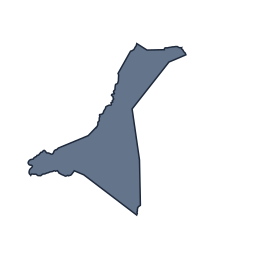 outline of Jacaleapa, El Paraíso, Honduras, rotated 37°
{"feature_id": "27666195B90337288722280", "entity_name": "Jacaleapa", "entity_type": "district", "adm_level": 2, "iso_a3": "HND", "parent_name": "Honduras", "parent_adm1": "El Paraíso", "projection": "albers", "projection_center": [-86.709, 14.063], "detail": "fine", "context": "isolated", "style": "filled", "palette": "slate", "viewbox_px": 256, "rotation_deg": 37, "n_neighbors": 0, "source": "geoboundaries", "source_scale": "gbopen_adm2", "svg_char_len": 5304}
<svg xmlns="http://www.w3.org/2000/svg" viewBox="0 0 256 256"><g transform="rotate(37 128 128)"><path d="M78.8,224.3L78.7,223.8L78.7,223.3L78.8,222.8L78.9,222.6L79.0,222.5L80.6,221.6L81.1,221.2L81.9,220.5L82.3,220.3L82.5,220.2L83.0,220.2L83.6,220.3L84.0,220.3L84.4,220.3L84.8,220.2L85.0,220.1L85.3,219.8L85.5,219.6L86.4,219.1L86.9,218.7L87.1,218.4L87.3,217.5L87.4,217.3L87.4,217.0L87.4,216.8L87.5,216.5L87.6,216.3L87.8,216.0L88.6,215.3L89.2,214.7L89.3,214.6L89.6,214.0L90.0,213.3L90.3,212.8L91.0,212.0L91.5,211.3L91.7,210.9L91.8,210.4L92.0,210.2L92.4,209.7L93.0,209.1L93.5,208.6L93.7,208.4L94.2,207.7L94.3,207.2L94.4,206.9L94.5,206.8L94.7,206.6L94.9,206.5L95.6,206.2L96.2,206.1L96.5,205.6L96.8,205.1L97.2,204.6L97.3,204.6L97.9,204.8L98.7,204.9L98.9,205.0L99.3,205.2L99.7,205.4L100.0,205.5L100.3,205.5L100.5,205.5L100.7,205.3L101.0,205.3L101.8,205.2L102.5,205.2L102.9,205.1L103.7,204.9L104.8,204.6L105.7,204.4L106.5,204.3L106.8,204.2L107.0,204.1L107.4,203.8L107.5,203.6L108.0,202.7L108.4,202.1L108.5,202.0L108.8,202.1L109.1,202.1L109.3,201.9L110.3,200.6L110.6,200.2L110.8,199.6L110.8,198.8L110.9,198.1L110.8,197.3L110.9,195.6L110.9,195.1L110.9,194.9L110.8,194.5L120.9,192.0L187.3,192.3L187.1,191.8L187.0,191.4L187.0,191.0L186.9,190.8L186.8,190.5L186.5,190.3L186.3,190.2L186.0,190.0L185.7,189.8L185.7,189.7L185.5,188.7L185.3,188.4L184.9,187.9L184.6,187.6L184.3,187.0L184.1,186.4L183.8,186.1L183.7,185.8L183.7,185.7L183.7,185.1L183.7,184.5L183.8,184.2L183.8,183.9L184.0,183.6L184.3,182.7L184.4,182.4L184.3,182.1L156.4,146.6L119.8,110.3L121.0,50.7L130.2,34.7L129.9,34.5L129.2,34.1L128.7,33.8L128.4,33.7L128.0,33.6L127.4,33.6L126.7,33.5L126.3,33.4L125.8,33.1L125.2,32.8L124.0,32.5L123.6,32.6L123.3,32.6L122.8,32.2L122.4,32.0L122.3,31.9L122.3,31.7L122.1,31.9L121.0,32.7L120.5,33.0L120.2,33.1L119.0,33.2L118.6,33.3L118.4,33.3L118.1,33.4L117.9,33.6L117.0,34.3L115.4,35.9L114.6,36.5L114.1,37.1L113.4,37.9L113.0,38.3L112.5,38.8L112.0,39.3L111.8,39.6L111.4,40.1L111.2,40.3L111.0,40.5L110.5,40.8L110.0,41.2L109.6,41.5L109.4,41.9L109.3,42.0L109.3,42.3L109.3,42.5L109.4,42.8L109.6,43.2L109.7,43.4L109.9,43.6L96.3,54.3L84.2,55.3L85.1,57.5L85.1,58.5L85.1,59.1L85.2,59.8L85.3,60.5L85.4,61.1L85.5,61.8L85.4,62.3L85.1,62.8L84.8,63.7L84.4,64.3L84.2,64.7L83.8,65.1L87.2,90.4L88.5,91.2L88.7,91.4L89.1,92.0L89.5,92.6L89.9,93.2L90.4,94.0L90.7,94.4L91.2,95.1L91.7,95.8L92.0,96.3L92.1,96.5L92.3,97.1L92.7,98.2L92.8,98.6L92.8,98.8L92.6,99.1L92.5,99.5L92.0,100.4L91.9,100.6L91.9,100.8L92.6,102.3L93.0,102.9L93.4,103.6L94.1,104.6L94.3,104.8L94.4,105.1L94.5,105.4L94.5,105.9L94.4,106.2L94.4,106.7L94.3,107.0L94.4,107.4L94.5,107.6L94.7,107.8L94.9,108.0L95.4,108.3L96.0,108.4L96.2,108.5L96.4,108.6L96.5,108.7L96.5,108.8L96.4,109.1L95.9,109.6L95.6,109.9L95.2,110.4L95.0,110.8L94.9,110.9L94.9,111.2L94.9,111.4L95.0,111.6L95.1,111.8L95.3,111.9L96.7,111.9L97.0,112.0L97.3,112.1L97.6,112.3L97.7,112.5L97.8,112.7L97.9,112.9L98.2,113.1L98.3,113.2L99.0,113.3L99.2,113.6L99.2,114.1L99.2,114.5L99.0,115.2L99.0,115.5L99.1,115.8L99.4,116.0L99.7,116.2L99.9,116.3L100.0,116.4L100.1,116.5L99.3,117.8L99.2,117.9L99.2,118.1L99.3,118.2L99.4,118.3L99.8,118.5L100.2,118.8L100.4,119.0L100.5,119.2L100.6,119.5L100.7,119.8L100.5,120.1L100.2,120.5L99.2,121.1L99.0,121.4L98.8,121.7L98.6,122.1L98.4,122.6L97.8,123.6L97.7,123.9L97.6,124.2L97.6,124.5L97.7,124.9L97.8,125.2L98.1,125.6L98.3,126.3L98.3,126.7L98.4,128.5L98.6,129.6L99.0,130.4L99.1,130.8L99.1,131.2L99.1,131.6L99.0,132.0L98.9,132.3L98.8,132.6L98.6,132.9L98.2,133.4L97.4,134.2L97.3,134.3L97.3,134.5L97.4,134.8L97.6,135.0L97.8,135.2L98.2,135.4L98.4,135.6L98.6,135.8L98.7,136.0L98.7,136.3L98.7,136.5L98.9,136.9L99.0,137.2L99.2,137.5L99.6,138.1L99.8,138.4L100.3,138.8L100.4,139.0L100.5,139.2L100.6,139.4L100.6,139.8L100.6,140.2L100.5,140.7L100.5,140.9L100.5,141.2L100.5,141.4L100.6,141.7L100.8,141.9L101.3,142.6L101.8,143.4L102.0,143.7L102.1,144.0L102.2,144.6L102.4,145.3L102.4,145.9L102.4,146.9L102.4,147.3L102.3,147.5L102.1,147.3L100.8,158.1L84.5,185.8L84.3,186.5L84.2,187.6L84.0,188.1L84.0,188.3L83.7,188.5L83.3,189.1L83.1,189.6L82.9,190.1L82.9,190.5L82.9,190.9L83.5,193.3L83.5,193.5L83.4,193.9L83.3,194.2L83.2,194.4L83.1,194.6L82.9,194.8L82.6,195.0L82.0,195.2L80.6,195.5L79.7,195.8L79.4,195.9L78.9,196.2L78.3,196.7L78.1,196.8L77.7,196.8L77.1,196.6L76.7,196.5L76.0,196.3L75.4,196.2L74.8,196.2L74.7,196.2L74.5,196.3L74.4,196.4L74.3,196.6L74.2,196.8L74.0,197.4L73.9,198.0L73.9,198.3L74.0,198.7L73.9,199.0L73.7,199.3L73.5,199.5L73.3,199.6L73.2,199.7L73.1,199.8L73.0,200.0L73.0,200.3L73.0,200.7L73.1,201.4L73.0,201.6L72.9,202.1L72.9,202.7L72.9,203.2L72.8,203.6L72.6,203.9L72.1,204.3L71.8,204.7L71.8,204.8L71.9,205.1L71.9,205.3L72.0,206.0L71.8,206.2L71.5,206.7L71.4,206.8L71.0,208.0L70.8,208.8L70.9,209.0L71.0,209.2L71.0,209.7L70.9,210.0L70.2,210.7L69.9,211.1L69.7,211.4L69.6,211.5L69.4,211.6L69.1,212.1L68.7,213.2L68.7,213.4L68.7,214.1L68.8,215.0L68.9,215.4L69.1,215.7L69.3,216.0L69.5,216.2L69.9,216.4L70.4,216.6L70.8,216.7L71.3,216.8L71.7,216.7L72.0,216.6L72.5,216.4L72.7,216.2L72.9,216.0L73.0,215.9L73.4,215.8L73.8,215.8L74.2,215.8L74.5,216.0L74.8,216.3L74.9,216.5L74.9,216.8L74.8,218.0L74.6,219.6L74.6,220.2L74.6,220.5L74.7,220.9L74.8,221.3L75.2,222.2L75.5,222.6L75.8,223.2L76.2,223.5L76.5,223.7L76.8,223.9L77.2,224.0L78.5,224.2L78.8,224.3Z" fill="#64748b" stroke="#1e293b" stroke-width="1.5"/></g></svg>